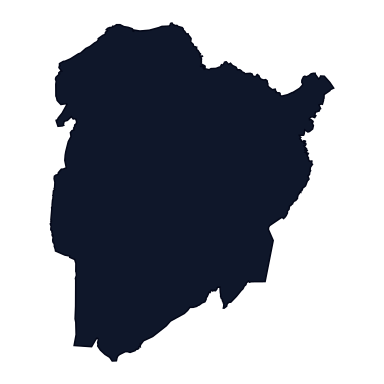 outline of Skaun nor, Sør-Trøndelag, Norway
{"feature_id": "86288312B11498019904431", "entity_name": "Skaun nor", "entity_type": "district", "adm_level": 2, "iso_a3": "NOR", "parent_name": "Norway", "parent_adm1": "Sør-Trøndelag", "projection": "albers", "projection_center": [10.037, 63.259], "detail": "fine", "context": "isolated", "style": "filled", "palette": "ink", "viewbox_px": 384, "rotation_deg": 0, "n_neighbors": 0, "source": "geoboundaries", "source_scale": "gbopen_adm2", "svg_char_len": 5776}
<svg xmlns="http://www.w3.org/2000/svg" viewBox="0 0 384 384"><path d="M74.1,345.5L91.6,346.7L95.7,339.6L96.8,338.2L97.8,338.3L98.2,339.0L98.2,340.4L97.6,342.7L98.0,344.3L97.7,346.0L100.4,350.1L105.0,354.4L109.7,357.3L112.2,361.0L116.4,360.8L117.0,357.9L117.7,356.2L119.4,354.6L125.2,351.7L127.3,351.6L130.1,352.4L135.1,350.6L136.1,349.4L137.8,349.1L138.8,348.2L138.8,347.0L139.2,346.5L140.2,346.8L140.1,346.4L140.4,345.6L140.4,344.1L140.8,344.4L143.5,340.8L152.7,336.5L166.3,325.8L170.4,321.1L184.4,313.4L187.6,310.4L189.8,307.4L193.2,307.3L196.6,306.4L196.4,306.0L199.1,305.1L202.1,302.9L204.9,301.8L206.1,299.4L206.2,297.4L207.1,296.8L209.1,292.1L210.1,292.5L211.2,290.3L212.3,290.3L212.8,291.0L214.2,290.1L214.9,290.8L215.6,290.7L217.0,288.8L216.9,288.4L217.5,287.3L220.0,287.1L220.3,292.3L220.7,294.8L220.6,296.3L221.4,298.6L222.4,299.2L222.4,300.8L223.2,302.0L223.2,302.9L223.9,303.3L223.7,306.4L223.3,308.1L224.1,308.2L226.7,306.2L226.9,304.6L227.8,303.2L229.2,302.3L230.8,302.2L236.4,296.4L241.6,290.0L242.5,289.4L243.5,287.8L244.1,286.3L245.9,284.7L246.4,282.9L248.4,281.0L249.3,282.2L251.5,281.7L265.1,281.6L273.2,240.5L268.4,229.5L268.6,227.3L269.6,225.6L281.2,217.7L282.3,217.5L283.6,218.5L283.9,217.9L284.5,217.8L286.1,215.7L287.4,213.1L287.5,210.8L289.0,209.4L289.5,206.0L290.8,205.5L291.8,204.1L292.5,204.0L293.0,202.5L294.1,201.2L295.7,200.5L297.1,198.9L297.6,198.0L297.3,197.0L297.8,196.3L297.7,195.7L299.5,193.1L299.7,192.2L300.8,192.4L300.7,191.1L301.7,190.7L302.4,189.5L302.1,188.7L305.5,185.9L307.3,181.1L308.9,179.3L309.0,179.0L307.9,176.1L309.5,174.5L309.8,172.0L310.6,170.7L310.1,169.6L310.5,167.1L312.5,164.3L311.5,163.3L311.9,161.8L311.8,161.0L309.5,161.2L308.1,158.8L308.5,158.3L308.4,157.5L307.5,156.5L307.3,155.6L308.1,153.9L306.8,154.2L306.5,153.8L307.4,153.0L305.1,152.2L306.6,151.3L307.3,150.4L306.5,149.6L306.1,150.1L304.9,150.0L304.8,149.6L305.0,149.2L306.3,148.6L304.0,146.0L305.4,145.3L305.9,144.4L305.8,143.5L304.0,143.2L304.2,142.4L305.4,141.7L305.4,141.1L303.9,140.7L302.7,141.6L301.5,141.4L301.4,140.2L299.7,138.8L300.8,137.4L299.9,136.6L299.3,135.3L303.6,135.2L304.2,133.8L304.7,129.8L307.9,132.0L309.5,131.5L312.6,129.0L313.4,125.6L312.2,123.2L313.0,122.0L312.4,121.8L312.8,121.1L310.8,119.5L309.5,119.8L309.3,118.5L310.9,117.1L312.3,116.8L314.7,117.6L315.8,115.8L314.6,115.5L315.1,114.3L315.3,112.3L319.3,110.9L319.5,109.4L320.6,108.7L318.9,104.9L321.1,104.0L322.4,104.3L323.5,100.5L323.4,99.6L324.0,98.3L324.1,94.6L329.8,90.7L330.6,89.5L333.7,88.1L329.9,82.5L324.3,76.2L320.6,76.0L320.0,77.6L318.6,78.9L315.2,74.2L315.2,73.3L313.2,73.3L311.1,73.8L309.0,75.6L306.4,76.8L304.8,76.2L303.5,76.8L301.9,80.1L301.8,82.4L302.7,83.8L302.5,85.1L299.6,88.3L293.3,92.2L294.3,92.7L292.3,92.5L287.6,94.7L281.4,96.2L280.1,95.0L280.1,93.6L279.6,92.9L276.1,92.5L276.2,91.7L275.9,91.6L275.2,89.1L272.3,89.7L268.8,87.0L268.1,86.2L267.7,84.9L267.9,83.8L267.2,82.0L267.3,81.0L265.7,79.6L263.8,80.0L261.1,79.2L259.4,77.3L259.1,76.0L257.4,74.5L256.7,75.0L256.8,75.6L255.8,76.3L254.0,76.6L252.7,75.7L252.1,74.0L250.3,73.3L244.9,73.7L244.1,72.7L241.9,71.8L241.6,71.0L239.8,69.7L237.4,69.8L236.1,67.2L232.5,65.5L230.5,63.2L228.6,64.4L226.3,61.8L225.3,61.9L224.4,62.3L224.3,63.1L223.0,64.7L222.2,65.1L221.5,64.7L220.9,65.5L221.0,66.4L220.2,67.2L219.5,67.0L216.0,68.4L211.0,68.6L209.2,69.7L205.6,68.9L204.2,69.4L203.3,68.3L203.3,66.5L199.9,66.5L203.3,65.7L203.9,66.4L204.1,68.7L205.0,68.8L205.1,66.4L204.9,65.9L200.9,63.7L201.5,61.9L201.0,61.1L201.4,60.3L201.5,59.0L201.2,57.7L200.4,57.0L202.1,56.0L203.0,56.8L202.1,55.9L200.5,56.5L199.6,54.5L201.1,53.7L200.1,53.9L198.0,50.5L196.7,49.7L196.6,47.4L196.1,47.7L195.7,46.9L193.4,46.2L193.2,44.3L190.9,42.2L190.7,41.3L191.1,38.7L190.7,38.5L190.7,37.8L188.4,35.0L188.2,33.9L186.2,33.8L184.7,31.3L183.5,30.3L183.2,29.6L183.3,29.0L182.3,27.6L178.0,26.4L177.0,25.4L174.2,25.5L173.9,24.7L173.0,24.6L172.0,23.0L170.6,23.4L170.0,25.3L168.9,26.1L161.8,26.4L158.8,27.6L149.3,30.2L139.9,31.0L133.1,29.9L133.2,30.9L133.9,31.1L134.4,31.6L132.9,30.9L132.9,29.6L132.2,28.7L128.1,27.3L123.9,26.6L120.1,24.7L116.5,24.7L113.7,26.6L112.9,26.1L112.5,26.6L112.7,26.8L111.9,27.4L109.7,27.5L107.5,28.4L106.3,29.7L107.4,30.0L107.6,30.7L105.7,32.1L105.3,33.0L105.6,33.4L104.8,34.5L102.7,35.4L98.5,38.4L98.1,38.9L98.4,39.4L98.4,39.9L96.9,41.7L94.6,42.9L90.1,46.4L85.8,48.5L80.6,53.1L78.4,53.8L70.5,58.8L65.0,61.2L63.3,61.4L59.5,63.6L59.4,64.2L60.0,65.7L59.4,65.9L59.5,66.3L59.0,67.0L59.0,67.7L61.6,71.0L60.7,71.1L58.8,72.8L58.8,73.4L59.5,73.9L56.0,77.2L55.7,78.1L55.5,79.2L56.2,81.2L55.8,84.3L55.9,96.1L56.4,97.1L57.2,100.5L60.9,104.5L65.5,103.8L67.0,104.3L62.1,113.2L58.3,117.9L57.4,119.8L56.1,120.3L56.3,121.2L58.0,126.3L62.4,125.9L63.7,125.3L63.5,125.1L63.5,123.9L64.2,121.3L67.4,120.4L71.4,116.6L73.2,119.0L73.8,118.6L75.8,119.1L76.8,122.4L76.2,123.2L76.4,123.5L76.3,124.1L74.9,124.7L74.6,125.8L74.8,126.3L73.7,128.0L74.0,128.3L73.8,129.0L74.0,129.8L71.9,130.7L70.4,132.6L71.0,136.6L68.3,141.6L65.8,151.5L65.2,155.1L64.8,160.4L66.3,167.8L63.2,169.1L61.3,169.2L58.4,172.6L58.2,173.9L57.5,174.7L56.0,175.0L54.4,176.2L54.1,178.7L54.9,182.4L54.6,187.4L54.1,188.8L54.7,189.7L53.4,190.9L53.2,194.5L52.8,195.4L53.3,196.3L53.0,197.0L53.0,197.4L53.0,198.4L52.5,200.1L52.1,204.9L52.2,206.1L51.6,207.6L51.8,209.0L50.9,219.9L51.2,219.9L51.4,220.9L51.0,221.5L51.3,221.6L50.7,223.6L50.3,223.9L51.2,226.4L50.9,228.0L50.8,229.9L52.1,230.9L51.8,231.7L52.3,233.4L52.4,234.1L52.1,234.4L52.2,235.5L52.8,235.4L52.7,236.1L53.1,237.6L52.7,239.9L52.8,241.2L53.2,242.6L53.7,242.8L54.5,245.1L54.2,246.1L55.3,249.4L55.5,251.0L64.9,255.1L69.6,256.0L69.7,257.3L74.7,259.5L75.9,263.4L75.8,271.5L76.2,272.6L76.4,275.4L75.4,278.4L75.7,279.9L75.7,285.1L75.6,306.2L75.1,318.9L75.8,322.4L76.1,334.7L74.1,345.5Z" fill="#0f172a" stroke="#020617" stroke-width="1.5"/></svg>